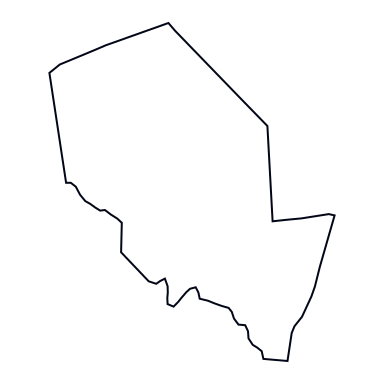 São José do Sabugi, Paraíba, Brazil (Natural Earth projection)
{"feature_id": "56859067B5219059609042", "entity_name": "São José do Sabugi", "entity_type": "district", "adm_level": 2, "iso_a3": "BRA", "parent_name": "Brazil", "parent_adm1": "Paraíba", "projection": "natural_earth1", "projection_center": [-36.818, -6.823], "detail": "fine", "context": "isolated", "style": "outline", "palette": "ink", "viewbox_px": 384, "rotation_deg": 0, "n_neighbors": 0, "source": "geoboundaries", "source_scale": "gbopen_adm2", "svg_char_len": 878}
<svg xmlns="http://www.w3.org/2000/svg" viewBox="0 0 384 384"><path d="M334.6,215.4L328.8,214.1L301.4,218.4L286.5,219.8L272.6,221.3L267.4,126.0L241.3,99.2L175.1,30.8L168.4,23.0L106.0,45.2L95.7,49.6L59.8,64.5L49.4,72.9L66.1,182.8L70.8,182.8L75.8,186.7L80.1,194.8L85.3,201.1L90.2,203.9L95.5,207.7L100.2,210.6L104.9,210.0L110.8,214.5L117.3,218.6L121.8,222.8L121.1,252.3L148.7,281.3L156.2,283.8L160.2,281.0L164.9,278.6L167.6,286.2L167.8,292.6L167.3,298.0L167.6,304.1L173.6,306.6L178.3,301.8L181.3,298.0L186.2,292.3L190.0,288.8L195.7,287.3L198.4,292.5L199.7,298.7L207.9,300.7L214.3,303.3L221.6,305.9L228.6,307.9L231.8,311.9L234.0,318.6L238.5,324.6L245.2,325.2L248.0,331.2L248.5,338.4L252.7,344.8L257.2,347.6L261.7,351.2L263.4,358.9L287.5,361.0L291.7,333.0L294.5,326.2L302.0,316.8L311.4,296.5L314.9,286.5L319.9,266.6L334.6,215.4Z" fill="none" stroke="#020617" stroke-width="2"/></svg>